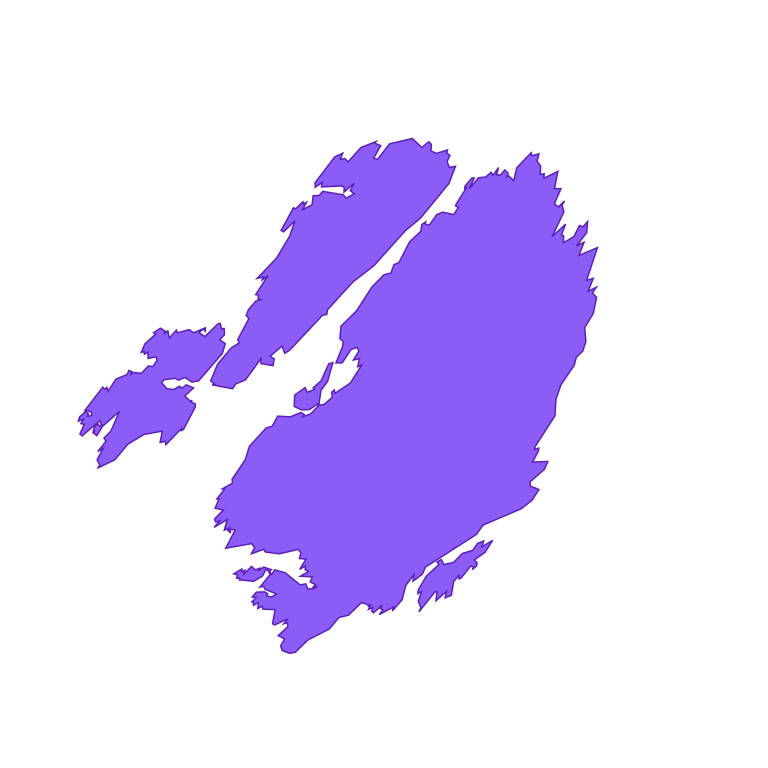 Kristiansund nor, Møre og Romsdal, Norway (Robinson projection), rotated 319°
{"feature_id": "86288312B88311782618273", "entity_name": "Kristiansund nor", "entity_type": "district", "adm_level": 2, "iso_a3": "NOR", "parent_name": "Norway", "parent_adm1": "Møre og Romsdal", "projection": "robinson", "projection_center": [7.776, 63.078], "detail": "fine", "context": "isolated", "style": "filled", "palette": "violet", "viewbox_px": 768, "rotation_deg": 319, "n_neighbors": 0, "source": "geoboundaries", "source_scale": "gbopen_adm2", "svg_char_len": 6174}
<svg xmlns="http://www.w3.org/2000/svg" viewBox="0 0 768 768"><g transform="rotate(319 384 384)"><path d="M521.7,289.1L517.3,288.4L512.0,292.9L496.5,293.5L475.1,302.1L469.8,300.5L462.0,304.8L455.5,301.5L438.4,302.9L411.1,310.8L389.4,312.2L380.5,320.8L381.0,325.2L377.6,328.4L361.5,336.6L366.4,340.6L381.8,336.3L387.8,338.8L386.6,342.7L376.7,345.8L382.1,348.8L375.5,353.7L379.6,355.1L359.2,361.2L340.9,358.9L342.5,355.9L338.9,355.9L336.4,360.0L325.5,360.2L320.9,357.2L332.4,347.4L343.0,345.1L359.4,334.3L355.6,332.5L338.5,340.4L328.0,340.4L327.8,342.6L320.6,339.8L322.1,335.0L309.2,333.8L301.5,342.1L304.8,349.5L311.1,354.4L320.7,355.5L319.7,357.5L308.8,358.4L301.3,355.4L303.8,354.7L302.6,351.0L291.7,347.3L282.7,338.5L271.9,342.5L266.3,339.9L241.6,342.7L229.7,350.1L206.9,356.2L204.7,359.4L193.3,357.1L194.8,358.7L182.4,361.1L184.1,362.5L175.0,366.9L180.0,373.7L167.5,374.7L166.4,377.7L170.2,379.5L161.7,380.7L176.8,383.5L167.6,389.5L172.6,391.2L170.0,391.9L170.5,395.2L172.8,393.0L176.0,396.5L156.8,404.1L179.5,417.7L179.1,422.6L172.5,425.1L184.7,429.9L184.2,432.9L193.6,443.5L210.8,452.6L210.5,457.0L205.6,460.2L210.3,465.0L198.8,468.6L205.6,469.8L202.6,472.4L204.0,475.9L194.8,474.2L203.3,482.5L198.4,485.1L200.7,490.3L197.1,490.9L201.2,493.2L196.9,492.4L191.9,488.7L193.9,483.6L188.8,480.5L185.7,461.9L179.6,452.5L174.2,454.2L174.6,450.5L177.2,450.2L173.1,443.3L167.5,442.5L169.3,441.5L164.9,439.8L164.4,434.8L153.4,435.5L156.8,433.2L153.3,432.2L155.3,430.3L146.1,428.7L148.3,431.9L145.4,433.9L147.9,435.8L146.3,436.9L156.3,447.4L166.0,449.2L173.1,446.7L174.3,449.2L172.9,453.1L157.1,455.9L160.4,457.7L159.5,460.7L165.1,472.0L159.5,471.0L156.3,466.8L158.6,466.0L157.7,462.7L151.1,457.4L144.8,458.3L147.6,461.3L140.7,461.8L142.6,462.5L140.3,465.4L145.8,466.5L141.5,470.6L146.2,471.7L145.0,474.6L153.8,482.8L142.6,491.8L143.4,494.1L157.4,498.1L151.1,499.2L154.5,500.8L152.1,504.1L139.1,504.5L141.7,511.2L134.2,513.8L132.3,518.4L136.2,525.5L141.2,528.3L158.4,527.2L182.0,533.0L196.9,530.7L205.6,535.2L223.7,534.2L227.7,541.1L225.7,541.3L228.7,542.1L224.5,543.9L229.0,545.5L225.5,547.4L226.0,549.8L237.3,549.7L233.9,551.2L235.1,553.8L229.1,554.9L244.8,558.5L241.4,560.8L256.0,558.7L268.4,550.3L281.4,547.6L276.5,551.9L288.2,552.7L295.2,549.4L354.9,558.1L366.4,555.5L405.8,568.2L419.5,568.8L431.7,565.4L427.4,557.0L430.1,553.7L449.3,553.6L456.8,549.9L444.9,540.4L456.5,535.9L458.8,534.0L454.6,532.2L456.9,530.4L492.1,520.2L503.8,508.3L517.2,500.6L539.8,494.7L546.6,490.0L555.5,489.6L564.2,484.4L572.5,473.1L588.1,468.1L601.2,458.2L601.1,452.0L607.7,450.3L599.0,447.9L611.3,441.5L604.9,438.7L634.6,421.1L615.5,414.9L628.0,408.2L619.9,406.0L636.4,402.7L644.2,395.0L637.3,395.9L635.4,392.6L624.4,397.3L615.1,395.8L612.4,394.8L616.8,390.0L615.7,387.9L626.0,382.5L607.7,383.0L632.6,372.2L635.8,365.8L640.4,364.3L632.0,364.8L630.7,359.8L645.6,352.7L640.8,348.4L654.7,337.6L639.6,333.6L642.8,330.4L639.5,328.4L645.2,322.2L645.7,316.2L651.9,312.0L645.3,308.6L646.8,306.0L626.2,307.9L615.2,315.6L614.7,308.7L612.5,308.2L616.0,306.4L615.6,301.7L609.0,302.7L606.2,300.0L612.5,295.8L603.1,298.1L603.8,294.6L596.3,294.4L590.7,290.3L576.5,292.6L587.2,287.7L585.6,286.2L574.6,287.9L573.1,289.7L574.7,290.1L556.9,295.4L554.8,296.5L556.0,299.5L547.8,301.9L541.0,292.8L535.0,290.8L522.2,293.8L520.0,290.0L521.7,289.1ZM495.8,180.3L464.0,186.9L461.2,190.4L469.7,191.4L466.1,194.2L482.2,206.9L482.8,209.9L479.7,212.9L493.2,213.0L485.3,215.9L486.4,220.9L477.5,219.0L477.4,214.5L464.2,198.5L458.5,199.1L454.0,195.4L447.3,201.6L437.1,199.0L444.7,196.0L441.3,195.2L442.3,193.2L432.2,193.9L431.3,191.6L407.1,200.6L408.1,203.3L423.7,202.5L409.6,210.6L385.4,218.5L357.5,221.1L362.8,223.9L360.3,225.5L367.6,226.0L345.8,232.4L347.6,234.5L344.7,237.2L346.2,239.5L341.5,237.3L330.1,239.1L324.9,241.9L325.1,245.9L302.7,254.5L301.8,258.0L292.0,256.5L271.2,260.0L255.3,267.9L256.0,273.1L253.7,271.9L266.7,288.3L272.2,286.7L282.2,290.0L307.8,284.2L304.6,287.9L312.3,297.4L317.6,293.1L316.0,288.4L332.0,288.5L329.2,295.7L335.0,296.6L382.6,291.8L386.4,294.0L390.1,290.9L427.6,286.6L453.9,288.1L500.9,282.3L520.1,282.8L564.5,275.3L580.8,266.6L575.4,263.4L577.6,257.4L583.7,254.8L583.0,250.9L585.5,249.0L575.0,244.5L572.3,238.9L577.0,234.2L576.7,230.5L567.7,230.4L566.5,217.3L545.8,206.4L526.6,210.2L524.2,206.9L537.9,202.0L535.0,196.3L537.1,195.8L521.7,190.4L502.7,192.8L502.4,188.1L498.4,185.7L504.3,182.7L495.8,180.3ZM251.9,195.2L243.8,194.1L244.3,196.5L229.8,196.9L221.5,200.9L224.2,202.0L222.7,204.4L226.8,205.0L222.7,210.0L229.9,213.9L228.2,217.3L220.9,219.2L218.0,215.8L208.0,216.8L201.8,210.5L198.3,210.9L201.9,209.5L200.4,206.4L196.3,208.3L185.0,204.5L170.9,208.4L172.7,204.8L169.7,204.6L169.7,201.9L141.0,207.7L144.7,212.9L142.9,216.1L139.0,213.9L141.4,212.7L140.5,209.0L132.7,209.1L129.0,211.5L134.1,213.5L129.2,215.0L131.3,217.9L121.7,222.2L122.2,225.1L145.6,225.3L143.9,229.3L145.6,231.2L141.8,229.2L141.9,226.1L136.9,226.6L133.0,229.3L135.3,229.3L132.7,230.6L133.3,234.6L143.7,231.3L166.4,231.1L146.9,240.4L137.2,241.1L136.6,244.8L123.6,247.2L129.9,248.3L117.7,253.0L116.5,258.5L113.3,259.7L131.0,264.6L151.2,261.4L169.7,264.6L185.7,274.1L176.7,281.2L181.4,283.9L179.6,286.7L202.0,284.7L200.6,286.3L202.8,286.8L226.4,277.6L228.5,275.0L226.6,271.0L228.5,270.2L226.4,270.2L225.8,262.4L237.7,262.0L234.3,255.0L228.8,254.6L228.2,251.5L221.6,250.2L217.0,244.8L217.0,237.1L220.8,236.5L230.1,242.6L231.6,246.4L238.0,248.3L240.4,256.6L246.2,260.0L281.9,254.9L290.7,249.5L289.0,242.8L295.9,242.2L299.8,237.3L297.6,235.7L300.1,230.9L298.0,229.7L280.1,230.7L277.9,224.0L283.6,223.7L283.8,226.8L286.1,224.4L274.1,220.5L272.5,215.0L261.6,209.8L262.7,207.1L252.1,208.5L255.8,202.0L251.5,201.7L253.5,200.2L251.9,195.2ZM310.8,559.5L312.0,554.0L307.2,553.1L306.9,556.3L289.7,556.8L275.0,561.8L272.0,564.3L276.1,565.2L267.4,570.4L265.1,577.0L260.8,578.9L286.3,574.3L287.5,575.7L281.0,581.7L295.2,581.4L289.8,585.5L296.2,587.7L306.9,578.8L314.8,577.7L312.7,580.2L314.5,581.1L330.1,578.3L331.6,581.2L328.7,582.0L334.6,582.0L337.0,580.0L336.7,576.1L349.9,577.3L363.5,573.3L351.1,571.1L356.2,567.9L350.1,565.7L341.8,567.7L331.9,563.3L319.4,564.3L310.8,559.5Z" fill="#8b5cf6" stroke="#5b21b6" stroke-width="1.5"/></g></svg>